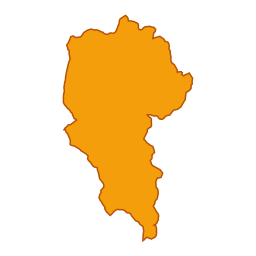 Mambaí, Goiás, Brazil
{"feature_id": "56859067B86407109501977", "entity_name": "Mambaí", "entity_type": "district", "adm_level": 2, "iso_a3": "BRA", "parent_name": "Brazil", "parent_adm1": "Goiás", "projection": "natural_earth1", "projection_center": [-46.057, -14.451], "detail": "fine", "context": "isolated", "style": "filled", "palette": "amber", "viewbox_px": 256, "rotation_deg": 0, "n_neighbors": 0, "source": "geoboundaries", "source_scale": "gbopen_adm2", "svg_char_len": 3469}
<svg xmlns="http://www.w3.org/2000/svg" viewBox="0 0 256 256"><path d="M125.5,15.4L120.2,18.9L119.4,20.4L119.2,22.1L119.1,23.8L118.1,25.4L117.4,27.9L116.4,30.3L115.4,32.1L114.1,33.0L112.7,33.3L110.6,32.9L109.0,33.5L107.9,34.3L105.8,34.2L104.1,33.5L102.8,32.2L100.9,31.7L99.1,30.6L97.8,30.2L96.1,29.8L94.5,30.1L93.0,29.6L91.5,29.1L89.5,29.5L87.5,30.2L85.3,31.5L83.6,32.8L82.0,35.3L80.8,36.7L79.4,37.2L76.9,37.4L74.9,37.4L73.7,36.1L72.4,36.1L70.7,36.8L69.7,39.8L69.1,41.1L68.3,42.7L66.7,45.2L67.5,47.2L67.9,49.6L69.3,50.8L69.1,52.4L69.2,54.5L69.8,56.9L69.9,59.7L69.1,61.3L68.6,62.9L66.5,71.8L65.4,78.2L65.5,80.0L64.7,82.1L64.3,85.4L63.9,87.8L64.3,89.8L64.3,91.7L63.7,93.8L63.4,96.7L63.4,98.3L63.4,101.2L63.5,102.7L64.6,104.9L66.1,106.3L67.2,108.0L68.5,109.1L69.8,110.3L70.8,112.1L72.1,113.2L72.6,115.1L73.5,116.8L74.2,118.7L75.5,119.0L76.6,120.0L73.2,122.6L70.5,124.6L68.3,124.9L66.3,127.2L64.9,128.2L64.0,129.8L65.5,130.1L66.2,132.4L67.7,133.8L68.8,136.7L69.9,138.9L70.3,141.1L70.2,144.6L71.9,145.5L74.7,146.1L79.8,149.3L81.0,150.8L83.5,152.3L84.9,153.2L86.3,154.0L88.1,156.1L87.6,158.8L88.3,160.2L89.3,161.3L90.8,162.7L92.1,164.9L93.8,166.8L95.9,167.3L97.3,167.8L97.4,169.8L98.6,173.4L99.2,176.5L99.6,178.7L101.2,180.7L103.5,183.8L103.9,185.6L103.5,187.6L101.7,189.3L100.8,190.5L101.1,192.5L99.7,194.7L99.0,197.7L99.9,199.8L101.5,202.0L103.3,205.2L105.0,207.3L104.8,208.9L106.4,211.7L110.0,215.4L111.3,214.6L114.3,211.1L117.4,209.3L119.4,209.7L123.0,209.7L124.8,210.7L126.9,212.8L128.8,212.8L130.5,213.9L132.0,216.4L134.5,219.3L135.5,220.7L138.3,221.8L139.8,224.2L143.0,226.5L143.7,230.8L143.1,235.8L142.9,240.6L144.4,239.6L145.5,238.3L147.0,237.3L149.8,238.5L151.4,239.0L152.6,238.4L154.1,237.6L155.5,236.7L156.5,234.5L156.5,231.7L156.5,228.0L155.7,225.7L154.1,225.1L156.0,224.1L156.9,222.9L157.3,221.5L158.3,220.0L158.3,217.7L158.7,216.0L158.4,214.5L157.7,213.3L156.3,211.4L154.4,208.0L153.2,206.0L154.9,203.5L154.7,202.0L155.8,200.2L156.9,199.3L157.5,197.2L157.9,195.1L158.3,193.4L158.1,191.7L157.9,189.8L157.3,188.4L156.0,187.2L156.0,183.8L155.7,181.4L156.5,180.0L157.2,178.2L159.3,177.9L161.0,177.4L162.7,173.2L160.3,169.9L152.6,165.6L151.7,164.5L151.1,162.6L150.2,160.6L151.9,158.6L152.2,154.5L153.6,153.4L154.6,152.3L153.6,148.7L152.8,146.5L150.6,145.4L148.8,144.1L147.5,143.3L146.4,142.2L145.4,140.6L143.7,139.2L144.8,136.6L146.0,134.3L147.2,131.8L147.4,129.5L149.0,127.9L150.3,127.5L151.5,126.0L151.4,122.7L151.3,121.1L151.4,119.1L150.4,117.6L148.5,116.5L147.3,114.8L150.2,114.7L151.6,115.3L153.1,115.7L154.6,116.1L156.7,115.8L158.1,117.1L158.9,118.4L160.2,119.2L162.5,119.2L164.2,118.0L165.2,116.5L166.5,115.8L169.8,115.0L172.5,111.4L174.1,110.0L177.0,109.5L178.6,108.6L181.1,106.7L182.7,103.7L184.2,101.3L185.2,99.7L186.0,92.7L189.8,90.1L191.1,88.3L191.0,85.2L192.2,84.2L192.1,81.0L192.6,78.2L191.3,76.3L190.1,74.4L189.2,73.0L187.3,74.0L185.5,74.6L183.7,75.8L181.9,74.5L182.4,72.8L181.1,71.7L179.1,71.8L177.3,72.2L177.2,69.9L175.7,67.1L174.3,64.7L171.9,62.9L170.8,60.5L170.8,58.8L171.0,57.2L170.6,55.1L170.2,53.0L170.4,51.5L169.7,50.0L168.9,48.8L169.2,46.5L169.0,44.4L168.3,42.7L167.0,41.8L164.8,41.2L164.0,39.2L159.8,36.3L154.1,38.0L152.9,38.5L153.3,35.8L153.7,33.1L155.1,31.7L155.7,29.3L153.8,27.3L151.9,27.2L149.8,26.3L145.2,26.8L143.9,27.5L141.9,29.6L140.2,29.8L138.8,29.1L138.3,27.3L138.5,25.2L138.1,23.9L137.1,23.0L135.3,22.3L133.2,21.4L130.5,20.9L128.4,20.9L128.1,18.8L127.4,17.2L125.5,15.4Z" fill="#f59e0b" stroke="#b45309" stroke-width="1.5"/></svg>